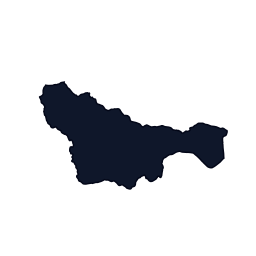 El Tambo, Cañar, Ecuador (Albers equal-area conic projection), rotated 48°
{"feature_id": "8360857B65217893137982", "entity_name": "El Tambo", "entity_type": "district", "adm_level": 2, "iso_a3": "ECU", "parent_name": "Ecuador", "parent_adm1": "Cañar", "projection": "albers", "projection_center": [-78.917, -2.482], "detail": "fine", "context": "isolated", "style": "filled", "palette": "ink", "viewbox_px": 256, "rotation_deg": 48, "n_neighbors": 0, "source": "geoboundaries", "source_scale": "gbopen_adm2", "svg_char_len": 5895}
<svg xmlns="http://www.w3.org/2000/svg" viewBox="0 0 256 256"><g transform="rotate(48 128 128)"><path d="M168.8,88.7L168.9,89.7L168.7,90.3L168.0,91.2L166.9,91.4L166.0,91.2L164.6,92.0L164.1,91.9L163.2,92.5L163.0,93.0L162.1,93.4L161.4,94.4L160.2,95.2L159.8,95.6L159.3,95.8L158.7,95.9L157.6,95.9L157.1,95.9L156.0,96.3L154.6,97.2L152.0,99.5L151.0,100.1L150.0,100.5L149.5,100.8L149.0,101.3L148.7,101.7L148.3,102.8L147.2,104.7L146.9,105.3L146.7,105.8L145.3,106.8L144.9,107.2L143.5,109.2L142.8,110.1L142.4,110.3L141.9,110.5L141.4,110.8L140.9,111.0L140.3,111.2L138.8,111.8L138.4,112.1L138.0,112.5L138.1,113.5L137.7,113.9L137.5,114.5L137.6,115.8L136.9,116.4L136.4,116.6L135.3,116.8L133.7,116.6L132.6,116.8L130.2,118.0L129.1,118.6L125.7,121.0L124.8,121.4L123.4,121.0L121.9,120.2L121.0,119.9L120.1,119.8L118.6,120.1L117.6,120.9L116.3,122.3L115.7,122.6L115.2,122.7L114.5,122.5L113.8,122.6L112.9,122.5L111.9,122.6L111.0,122.2L110.4,122.3L109.5,121.9L108.8,122.0L108.3,121.9L107.1,122.5L105.7,124.4L104.9,125.1L104.6,125.7L104.4,126.2L103.8,127.0L103.0,127.8L102.8,128.2L102.4,130.1L102.1,130.7L101.5,131.3L100.6,131.8L98.8,132.5L98.0,132.5L97.8,132.3L97.2,132.3L96.2,132.1L94.8,132.1L94.2,132.2L93.2,132.8L90.7,134.0L90.0,134.6L89.6,134.7L88.9,134.7L87.9,134.5L87.2,134.2L85.7,133.3L85.1,133.1L84.9,133.0L84.5,133.1L84.2,133.3L83.7,133.8L83.3,134.0L81.7,134.2L81.2,134.1L81.1,134.4L80.8,134.9L80.2,135.4L79.5,135.2L79.3,135.2L79.0,135.4L78.5,135.1L78.0,135.1L77.3,134.7L77.0,133.9L76.6,133.5L76.3,133.4L75.4,134.5L74.9,134.5L74.6,134.7L74.2,135.4L73.6,136.1L73.1,138.1L71.8,140.3L71.6,141.3L71.7,142.2L71.7,143.0L71.4,143.6L70.9,144.3L70.7,144.5L70.4,144.6L69.0,144.5L68.7,144.7L68.4,145.1L68.0,145.3L66.4,145.5L65.9,145.7L64.6,145.8L60.0,145.5L59.0,145.6L57.9,145.9L56.3,145.7L55.9,145.5L54.2,145.2L52.4,145.5L52.1,145.5L51.7,145.3L51.2,144.7L49.9,146.7L49.6,147.3L49.4,147.9L49.4,149.4L48.6,150.7L48.2,151.9L47.3,152.8L46.6,153.8L46.4,154.2L46.0,155.4L43.1,158.9L42.0,159.8L41.1,160.6L41.5,161.3L41.7,163.1L42.0,163.9L42.9,165.3L43.4,166.0L44.9,167.3L45.6,167.8L46.1,168.4L46.3,168.8L46.3,169.2L46.4,169.7L46.4,170.7L46.3,171.4L45.8,172.4L45.8,172.9L46.1,173.1L48.1,173.6L49.1,174.0L49.9,174.5L50.8,175.2L51.6,175.4L52.6,175.1L53.4,175.0L54.7,175.1L56.1,175.4L57.0,176.0L57.3,176.5L57.5,177.3L58.6,178.2L59.4,179.5L60.8,180.2L61.7,180.8L62.6,181.3L63.9,181.2L64.2,181.3L68.1,183.5L69.4,183.6L70.3,184.1L71.1,184.3L71.8,184.2L72.9,183.9L73.5,183.8L74.2,183.9L75.5,184.5L76.8,184.3L77.5,183.8L77.9,183.2L78.5,181.2L79.3,180.9L80.3,180.8L81.2,180.9L82.1,180.9L84.0,180.1L85.0,179.7L85.8,179.9L86.7,180.2L87.4,180.2L88.5,179.9L89.2,179.5L89.8,179.5L90.3,179.2L90.4,178.8L90.9,178.6L92.2,178.4L92.8,178.1L93.2,178.2L96.7,179.5L97.4,179.7L98.0,179.8L98.4,179.7L98.6,179.4L98.6,179.1L98.4,178.6L98.5,178.4L99.1,178.1L99.6,178.0L100.6,178.1L101.8,178.6L102.5,179.1L103.9,179.6L104.5,180.0L105.3,181.9L104.1,182.7L103.8,183.2L103.7,183.8L104.6,185.2L105.5,186.1L106.2,186.7L106.7,186.8L107.8,186.9L108.1,187.1L108.6,187.5L109.0,187.6L109.7,186.9L110.1,186.6L110.6,186.6L111.0,186.8L111.4,187.2L111.8,187.9L112.0,188.9L112.3,189.2L113.6,189.4L114.2,189.7L114.4,190.1L114.6,191.1L114.9,191.9L115.4,192.0L116.3,191.7L117.0,191.1L117.6,191.0L118.5,191.5L119.6,191.7L120.8,191.7L121.5,192.0L121.9,192.6L122.4,193.0L123.0,193.2L123.7,193.1L124.4,193.2L125.6,193.7L126.4,194.2L126.6,194.9L127.5,195.3L128.2,195.6L128.9,195.6L129.2,195.7L129.3,196.4L129.2,197.5L129.3,197.9L129.4,198.2L130.0,198.8L130.6,198.9L132.8,199.1L133.7,199.6L134.4,199.8L135.0,199.7L135.6,199.3L136.7,198.9L139.5,198.6L140.5,197.8L141.0,197.1L141.4,196.9L141.5,196.7L142.8,194.6L144.5,192.0L144.8,191.8L145.3,191.5L146.1,189.9L146.8,188.4L148.1,187.0L149.6,183.7L150.2,181.9L150.5,180.4L150.6,180.0L150.9,179.8L151.9,179.1L153.3,177.6L153.7,177.3L155.3,176.8L156.5,176.2L156.9,175.7L157.5,174.3L157.9,173.9L158.3,173.6L159.0,173.4L161.2,173.1L162.1,173.1L163.7,173.2L164.5,173.1L164.8,172.9L165.2,172.5L165.9,170.8L166.2,170.4L166.6,170.1L167.3,169.8L168.1,169.7L169.7,169.2L170.5,169.1L171.6,169.1L172.1,169.0L172.6,168.7L174.1,167.8L174.6,167.3L174.9,166.9L175.0,166.4L174.9,165.8L174.5,164.3L174.8,163.9L175.2,163.0L175.5,162.3L175.5,161.7L175.1,160.6L173.4,158.7L173.0,157.7L172.5,155.5L172.2,154.3L172.2,153.8L172.9,152.1L172.9,151.8L172.7,150.7L173.4,148.8L173.8,147.6L174.1,147.2L174.4,147.1L175.8,147.4L177.3,148.2L177.6,148.3L177.9,148.1L178.4,147.5L178.6,147.4L180.9,147.6L182.0,147.4L182.9,146.9L183.3,146.4L183.9,145.3L184.6,141.6L184.6,141.1L184.4,140.5L184.3,139.6L184.0,138.5L183.9,137.9L184.6,137.3L185.1,137.1L186.0,137.2L186.6,136.8L186.6,136.4L186.1,135.5L186.0,135.0L183.7,132.3L182.5,130.7L181.6,129.9L181.3,128.9L181.0,128.5L180.7,128.2L179.7,127.6L179.3,127.5L177.4,127.0L177.0,126.8L176.7,126.4L176.3,125.5L175.1,124.1L174.8,123.2L174.5,122.4L174.4,121.7L174.5,120.8L174.9,119.8L175.1,117.0L175.4,115.6L175.7,114.7L176.6,113.6L177.1,112.8L177.4,112.0L178.0,108.7L178.6,107.2L179.5,105.6L180.0,105.0L182.0,103.9L185.0,101.0L185.8,100.1L186.9,99.0L188.6,97.5L190.4,96.1L193.0,95.8L194.8,95.5L197.3,95.3L199.4,95.2L202.5,95.2L203.8,95.0L204.1,95.1L210.0,94.7L211.0,94.3L212.0,93.8L212.8,93.2L213.7,92.2L214.2,90.1L214.5,88.1L214.9,82.3L214.5,78.2L214.5,77.4L214.6,77.0L213.4,76.1L211.0,74.1L206.4,70.8L203.7,68.6L202.8,68.1L202.1,67.2L201.1,66.6L199.1,64.9L198.7,64.4L198.3,63.6L198.2,62.8L198.2,62.5L198.9,60.5L198.9,59.9L198.4,58.8L197.4,57.2L196.9,56.7L196.1,56.2L195.1,56.7L192.6,57.2L191.6,57.7L191.3,58.0L190.7,59.3L190.3,59.7L189.4,60.2L186.5,61.5L184.7,62.8L182.8,64.5L182.1,65.1L179.2,66.5L178.4,67.0L177.0,68.2L175.0,69.0L174.4,69.4L172.7,71.3L171.6,72.6L171.4,74.3L171.5,74.9L170.9,76.6L170.8,77.8L171.0,78.6L170.8,79.2L169.6,81.5L169.5,82.0L169.7,82.3L170.9,82.9L171.1,83.7L171.2,84.2L170.7,85.4L170.1,86.5L169.5,86.7L169.1,87.0L169.1,88.2L168.8,88.7Z" fill="#0f172a" stroke="#020617" stroke-width="1.5"/></g></svg>